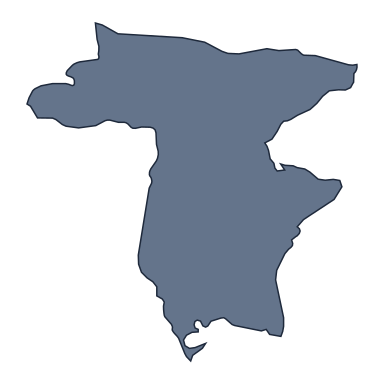 SVG path tracing the border of Udine
{"feature_id": "ITA-5455", "entity_name": "Udine", "entity_type": "Province", "adm_level": 1, "iso_a3": "ITA", "parent_name": "Italy", "parent_adm1": "", "projection": "robinson", "projection_center": [13.121, 46.147], "detail": "fine", "context": "isolated", "style": "filled", "palette": "slate", "viewbox_px": 384, "rotation_deg": 0, "n_neighbors": 0, "source": "natural_earth", "source_scale": "10m", "svg_char_len": 2567}
<svg xmlns="http://www.w3.org/2000/svg" viewBox="0 0 384 384"><path d="M95.4,23.0L102.3,25.0L117.9,33.8L182.2,37.7L204.7,42.2L222.1,51.4L227.9,53.4L239.0,53.9L266.9,48.7L278.9,50.6L295.7,49.5L297.6,50.1L301.5,53.9L303.6,55.2L315.3,55.6L348.5,64.8L352.7,65.2L356.9,64.5L357.0,67.2L356.5,69.6L355.5,71.7L353.9,73.5L353.6,82.3L352.8,83.5L350.6,87.6L345.4,90.0L338.6,89.8L329.3,90.8L322.6,96.3L316.8,103.4L310.1,109.4L297.4,115.3L290.8,119.4L287.4,120.8L283.7,121.2L280.8,124.3L277.1,131.5L273.2,137.3L272.0,139.1L264.8,142.9L267.0,146.3L268.5,150.4L270.2,159.0L270.3,159.0L273.9,163.3L274.9,168.1L277.2,171.0L284.7,170.0L280.7,164.0L285.0,165.3L293.2,165.8L297.1,167.6L304.8,169.0L309.9,172.1L318.2,179.2L325.2,180.2L333.3,179.4L337.0,180.0L339.8,180.5L340.8,183.5L341.9,186.8L334.1,199.4L308.3,216.4L303.5,219.6L297.2,226.8L299.4,228.8L300.1,231.0L299.3,233.4L297.2,235.8L295.8,236.6L291.6,239.9L291.6,240.0L292.7,243.4L292.4,245.6L290.9,247.4L288.6,249.2L284.9,253.6L276.7,270.3L275.6,279.9L283.6,317.7L283.6,326.4L282.7,331.4L280.9,336.4L269.6,334.4L266.2,329.4L261.4,330.9L234.6,325.5L232.1,324.5L225.5,318.7L223.7,317.7L220.8,318.1L211.0,321.2L207.8,326.0L205.6,327.1L202.9,325.9L200.5,321.1L197.2,320.1L194.9,321.5L194.1,324.8L195.1,328.0L198.2,329.4L198.2,331.9L192.0,332.3L186.5,335.2L183.5,340.0L185.0,345.7L189.5,348.4L195.1,347.6L205.6,343.4L202.4,348.3L192.7,355.3L190.7,361.0L186.5,356.6L184.8,353.5L178.6,338.2L177.2,336.3L174.4,333.3L173.1,331.6L172.2,330.0L172.4,327.7L172.5,327.2L172.2,326.1L171.4,324.3L164.8,316.7L164.3,315.4L164.0,313.7L163.6,309.7L163.5,306.1L164.2,302.6L164.1,301.8L162.3,299.0L156.8,295.9L156.8,286.8L152.9,281.8L147.1,277.9L141.5,272.3L138.6,264.2L138.3,255.1L149.2,188.1L151.6,183.2L151.9,181.1L151.3,178.3L150.6,176.9L149.8,175.9L149.4,174.7L149.5,172.3L149.8,171.1L150.8,168.9L156.3,161.0L157.5,158.3L158.3,154.6L158.2,151.2L156.5,144.4L156.0,132.8L155.0,129.7L152.9,128.0L150.1,127.2L141.6,127.0L135.4,128.3L132.7,128.2L131.0,127.2L128.0,124.0L126.2,122.8L124.3,122.3L118.4,122.3L109.8,120.1L107.3,120.1L105.1,120.7L95.8,125.6L78.6,127.9L66.0,126.2L62.3,124.5L56.0,119.6L52.6,118.1L37.5,117.9L30.5,106.2L27.0,104.0L29.1,97.7L32.6,91.0L33.7,89.8L35.1,88.7L41.1,85.8L52.6,83.6L65.7,83.6L68.7,84.3L71.2,85.3L72.5,85.6L73.7,85.2L74.4,83.8L74.4,80.8L73.9,79.1L73.0,77.9L70.6,76.7L69.2,76.3L68.0,75.8L66.9,75.2L66.2,74.2L66.3,72.7L67.3,70.6L72.1,65.6L73.5,64.4L74.6,63.8L77.0,62.7L79.7,61.9L97.7,59.4L98.6,58.6L99.0,57.0L98.3,54.1L98.8,50.8L98.9,46.4L97.1,39.3L95.4,23.0Z" fill="#64748b" stroke="#1e293b" stroke-width="1.5"/></svg>